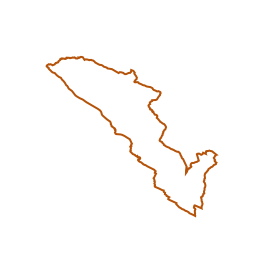 La Mana, Cotopaxi, Ecuador (Equal Earth projection), rotated 293°
{"feature_id": "8360857B47745613666531", "entity_name": "La Mana", "entity_type": "district", "adm_level": 2, "iso_a3": "ECU", "parent_name": "Ecuador", "parent_adm1": "Cotopaxi", "projection": "equal_earth", "projection_center": [-79.149, -0.785], "detail": "fine", "context": "isolated", "style": "outline", "palette": "amber", "viewbox_px": 256, "rotation_deg": 293, "n_neighbors": 0, "source": "geoboundaries", "source_scale": "gbopen_adm2", "svg_char_len": 5945}
<svg xmlns="http://www.w3.org/2000/svg" viewBox="0 0 256 256"><g transform="rotate(293 128 128)"><path d="M141.2,162.9L143.6,162.7L144.1,162.3L145.0,161.1L145.7,159.7L145.7,158.1L146.2,156.4L146.3,155.2L146.8,154.6L147.3,153.4L147.8,152.7L148.6,150.5L149.7,150.6L150.1,150.2L150.6,150.2L150.8,150.0L151.1,149.2L151.1,148.4L150.8,147.9L150.8,147.4L152.1,145.5L152.6,145.2L152.3,144.4L152.6,143.8L152.8,143.7L153.2,144.1L153.9,143.0L154.0,142.3L153.7,141.7L153.7,141.3L154.0,140.8L154.6,140.8L154.7,140.4L155.4,139.7L155.7,138.8L156.3,138.5L156.6,138.1L157.2,138.1L158.7,139.0L159.2,138.4L160.1,138.1L160.7,138.6L161.4,138.8L162.1,139.6L163.1,139.4L163.3,140.2L163.8,140.9L164.5,142.4L165.3,143.3L165.8,143.5L168.6,143.9L170.7,144.6L171.5,144.2L172.5,144.5L173.6,143.9L173.7,143.6L173.8,141.6L173.0,140.5L173.2,138.8L173.1,136.9L173.4,135.9L174.0,135.3L174.3,134.5L174.4,132.7L173.5,128.9L173.7,126.6L173.4,125.6L173.3,124.8L173.4,124.3L173.5,122.4L173.4,120.6L173.6,120.1L174.0,119.7L173.9,118.6L173.6,118.2L172.9,116.8L172.8,116.1L173.0,115.8L173.7,115.8L174.0,116.1L174.6,116.0L175.7,116.4L176.5,116.8L177.4,116.5L177.8,116.5L179.1,114.9L179.3,114.4L179.6,114.1L180.2,113.0L180.7,112.5L181.5,112.6L182.7,110.6L182.6,108.3L180.8,108.9L180.0,108.4L179.6,108.4L179.0,107.2L176.8,105.1L176.4,104.2L176.6,102.8L176.9,102.2L176.6,99.9L176.1,98.5L174.9,97.9L175.9,90.1L174.8,85.8L175.2,85.2L175.3,84.8L175.0,81.7L175.4,80.7L175.6,79.5L175.5,78.4L175.1,77.5L175.1,76.2L175.5,72.2L176.1,71.1L176.5,69.4L176.2,68.4L176.4,67.8L176.0,67.1L175.9,66.4L175.3,65.9L175.2,63.9L174.9,63.2L174.8,62.5L174.5,62.0L173.7,61.4L175.5,58.7L175.1,56.9L174.4,56.1L173.7,56.0L173.5,55.4L173.5,54.9L173.1,55.1L172.1,54.1L172.0,53.3L171.7,53.0L171.9,52.5L171.8,52.1L172.1,51.6L172.1,51.1L171.5,50.5L171.3,49.5L170.5,48.8L170.3,48.1L169.6,47.4L169.6,46.2L169.3,45.8L169.2,45.2L168.8,44.2L168.4,44.4L168.0,43.7L167.3,43.7L167.1,43.4L166.9,42.9L166.9,41.9L166.6,41.5L166.5,40.7L166.1,40.6L165.9,40.3L166.0,39.5L165.7,39.3L165.1,39.3L165.0,38.9L164.8,38.7L164.3,38.9L163.8,38.9L163.3,38.5L162.1,37.9L161.2,38.1L160.8,37.7L160.3,36.9L160.0,36.8L159.6,36.1L159.1,36.1L158.8,35.8L157.8,35.6L156.2,34.0L156.2,33.8L156.5,33.3L156.4,31.7L155.8,31.1L155.8,30.2L154.1,29.0L153.5,28.9L153.2,28.9L153.0,29.6L152.7,29.7L152.3,30.6L152.5,31.1L152.4,31.4L151.6,32.0L151.3,32.5L150.4,35.0L150.0,35.6L149.7,37.3L150.0,39.0L148.7,41.9L148.0,44.6L148.0,46.6L146.8,48.2L146.1,50.1L145.0,52.2L143.3,54.3L143.0,55.6L142.4,56.5L141.1,58.0L140.2,61.9L137.5,66.8L137.1,68.3L136.6,71.8L136.5,75.4L136.0,77.4L135.5,79.7L133.8,93.0L133.3,95.2L132.6,96.6L132.1,97.2L130.2,98.7L129.6,99.6L127.8,105.0L126.9,109.1L126.5,109.6L125.1,110.7L124.8,110.7L123.4,112.4L123.1,112.4L122.9,113.9L122.6,114.6L122.6,115.0L122.4,115.3L122.5,115.8L122.2,116.3L121.5,117.1L121.1,116.7L120.2,117.7L119.5,117.9L118.7,117.8L117.9,118.8L118.0,119.0L117.8,119.6L119.1,123.4L119.4,125.2L119.3,127.7L118.3,134.1L115.1,137.7L114.7,137.4L114.0,137.6L113.7,137.5L112.8,138.1L112.4,137.5L111.8,137.3L111.5,137.5L111.1,138.3L110.7,138.6L108.9,138.9L108.3,139.4L107.6,139.1L107.2,139.4L105.9,142.6L105.9,145.0L105.5,145.4L105.3,146.8L105.5,147.2L105.9,147.5L105.3,148.2L104.7,148.4L104.7,149.0L105.5,149.6L105.6,150.1L105.4,150.7L104.8,151.1L103.9,151.0L103.0,150.4L102.6,149.8L102.1,150.0L101.5,151.7L101.5,153.8L101.1,154.7L101.0,155.5L100.7,155.8L100.7,156.6L100.4,157.4L100.7,158.6L100.3,160.5L99.8,168.5L99.6,169.0L99.2,169.3L99.0,170.3L97.2,170.2L97.0,171.6L92.3,171.4L91.8,171.2L91.5,171.7L90.4,172.7L90.2,172.7L89.6,173.3L89.2,173.2L89.0,173.6L88.2,174.0L87.1,174.0L86.6,174.8L85.7,175.3L85.4,175.2L85.0,175.7L84.6,175.6L84.4,176.0L84.4,180.2L84.2,183.8L84.4,185.3L83.9,185.4L83.1,186.0L83.0,187.0L82.8,187.5L81.5,187.8L81.2,189.5L80.9,190.0L80.5,190.2L80.6,190.7L80.4,192.9L79.7,192.5L78.9,192.9L78.3,192.8L78.0,194.1L77.8,202.0L76.8,202.1L74.9,206.4L75.0,206.8L75.0,207.7L74.6,208.7L74.5,210.0L74.7,211.0L74.2,213.4L74.4,214.2L74.2,216.4L74.1,216.9L73.6,217.7L73.5,222.0L73.3,224.2L73.6,224.1L73.8,223.3L74.3,223.5L75.4,223.2L76.0,222.7L76.8,222.5L77.4,222.0L77.9,221.8L79.5,221.8L79.9,221.4L80.4,219.8L81.1,219.6L82.0,219.7L82.4,219.4L82.6,219.4L82.8,219.6L82.9,219.9L82.8,227.1L83.2,226.8L83.8,226.8L84.7,226.3L85.3,226.5L87.3,226.3L88.2,225.5L89.1,225.0L89.5,224.3L91.0,223.6L92.8,222.3L93.6,223.0L94.3,223.4L95.1,223.0L96.2,223.5L96.9,223.1L97.8,223.7L98.7,223.0L99.5,222.7L100.8,222.7L102.7,221.9L103.6,222.1L105.2,221.8L106.3,221.1L107.6,219.9L108.0,219.0L108.5,218.6L109.8,218.7L110.9,218.2L111.8,218.5L114.5,217.0L116.1,216.8L116.7,216.9L117.7,217.5L118.4,217.5L120.3,218.2L121.4,218.1L121.9,218.3L123.5,219.4L124.2,219.6L125.4,220.8L127.5,221.5L129.0,223.0L129.5,222.8L130.6,223.0L131.1,221.2L131.4,220.7L131.7,220.5L132.5,220.7L133.9,218.7L134.1,218.6L135.1,219.0L136.3,219.0L136.8,219.4L137.6,219.5L137.9,219.9L139.4,214.5L139.0,212.4L139.0,211.7L138.4,211.1L137.3,209.1L136.6,209.0L136.2,209.4L135.9,209.5L135.5,209.5L135.1,209.1L134.6,209.6L134.6,206.8L132.9,206.8L132.5,206.2L131.9,205.8L132.2,204.2L132.2,203.4L132.0,203.0L131.6,202.7L131.4,201.9L130.8,201.6L125.6,205.9L125.0,205.4L124.0,204.9L122.6,203.1L121.6,202.3L120.9,200.6L119.8,200.0L118.1,200.1L117.7,200.8L117.3,200.9L117.1,201.4L116.7,201.3L115.8,200.6L115.1,200.5L114.5,199.5L114.0,199.7L113.8,199.3L113.0,199.1L112.3,199.3L111.9,199.1L111.0,199.4L109.1,199.0L112.2,197.8L113.1,198.1L113.8,197.3L115.2,197.2L120.9,190.9L121.1,190.5L121.1,189.9L121.8,188.9L122.3,188.7L123.7,186.9L124.7,186.1L125.1,185.5L125.8,183.8L125.5,183.1L125.3,181.8L125.4,180.0L125.7,178.3L125.5,177.2L125.7,176.7L125.5,176.0L125.6,175.2L126.0,173.4L125.9,171.8L126.0,169.5L126.4,168.8L126.4,167.7L127.0,167.3L127.5,166.4L127.8,165.3L128.4,164.8L128.4,162.8L128.7,162.1L129.0,161.9L131.0,161.8L131.6,162.2L134.6,162.3L135.1,162.6L136.5,162.1L137.4,162.4L138.1,161.9L138.9,162.0L139.4,162.2L140.5,162.3L141.2,162.9Z" fill="none" stroke="#b45309" stroke-width="2"/></g></svg>